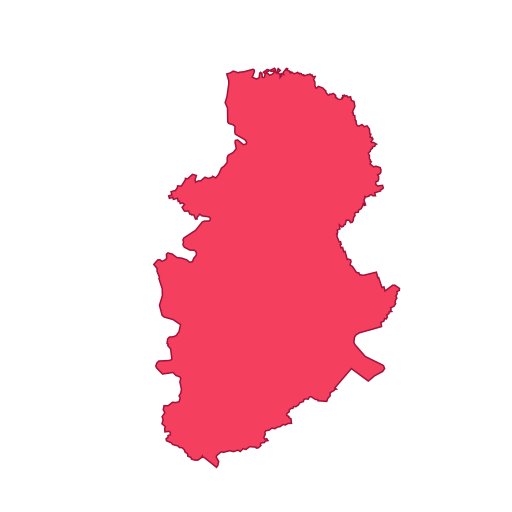 outline of Rockhampton, Queensland, Australia, rotated 247°
{"feature_id": "25037944B96392818490355", "entity_name": "Rockhampton", "entity_type": "district", "adm_level": 2, "iso_a3": "AUS", "parent_name": "Australia", "parent_adm1": "Queensland", "projection": "natural_earth1", "projection_center": [150.365, -23.417], "detail": "fine", "context": "isolated", "style": "filled", "palette": "rose", "viewbox_px": 512, "rotation_deg": 247, "n_neighbors": 0, "source": "geoboundaries", "source_scale": "gbopen_adm2", "svg_char_len": 6110}
<svg xmlns="http://www.w3.org/2000/svg" viewBox="0 0 512 512"><g transform="rotate(247 256 256)"><path d="M350.5,400.8L355.1,405.5L360.0,406.6L361.9,404.6L365.7,405.3L366.1,402.8L368.1,402.2L368.6,400.1L369.5,400.3L369.8,398.5L368.1,398.2L368.3,397.1L367.0,396.9L367.3,394.4L368.6,392.5L370.5,392.0L370.9,391.1L372.8,392.1L375.4,390.7L375.5,388.1L376.2,387.3L375.6,386.1L376.3,385.1L379.6,384.2L380.5,384.8L384.7,383.0L387.8,379.6L386.8,377.5L387.1,376.8L389.4,376.7L393.2,378.2L395.8,377.9L398.1,380.6L399.0,378.2L400.8,378.3L401.0,377.3L402.3,376.9L403.1,370.7L404.2,370.7L404.5,369.2L406.1,369.0L407.1,367.5L406.7,367.0L408.8,366.1L408.7,363.2L409.2,361.9L411.2,360.9L411.0,359.3L412.1,359.7L412.2,358.9L413.6,358.8L414.8,357.2L416.1,358.3L416.8,357.3L414.2,352.7L412.2,352.4L414.0,350.8L413.9,349.9L411.8,349.8L411.0,348.0L413.6,349.2L416.1,347.5L417.3,350.9L419.9,349.7L416.5,346.3L418.7,345.6L419.7,346.9L421.6,346.4L421.4,341.6L420.1,341.9L419.2,344.9L417.7,344.0L416.9,341.8L417.1,339.0L419.2,338.3L420.4,336.7L421.1,337.3L421.2,340.1L422.5,340.4L423.3,339.2L422.3,334.6L420.0,335.5L417.3,333.6L417.5,332.2L418.4,331.6L421.5,332.8L423.3,332.0L422.9,330.9L418.9,328.5L418.7,325.7L422.0,322.4L426.3,326.5L427.8,327.1L429.0,326.4L430.3,316.9L431.7,312.5L431.4,311.6L435.1,307.3L434.6,303.8L435.0,300.2L428.2,299.4L425.1,298.2L414.0,291.5L409.2,287.5L403.4,287.6L390.3,282.3L388.6,282.8L386.0,286.0L383.5,287.3L378.4,284.9L376.2,284.6L366.8,291.6L364.2,291.7L363.0,290.8L363.4,287.9L370.1,284.4L370.4,282.1L368.6,281.0L362.5,279.8L360.2,275.5L359.6,269.8L357.8,267.9L353.5,266.1L351.3,262.1L350.4,258.5L345.7,253.4L343.6,249.5L346.4,247.2L345.6,246.0L346.1,242.3L348.5,239.8L346.7,234.4L347.7,232.2L347.5,229.2L350.0,229.7L353.4,232.6L356.0,229.4L353.8,223.4L355.0,221.3L354.0,221.0L349.5,214.6L351.2,211.2L349.4,210.1L347.8,207.4L348.4,202.9L345.1,202.4L345.5,199.1L342.9,198.8L342.5,202.3L340.4,202.0L339.8,206.2L336.6,205.7L336.4,207.0L333.9,206.7L333.6,209.2L331.3,210.3L329.8,207.0L325.9,207.5L325.0,208.0L323.8,211.5L320.5,211.4L319.9,212.6L319.0,212.7L318.2,214.8L313.6,214.7L313.1,216.3L314.2,216.3L316.5,220.6L314.1,221.9L310.4,228.0L308.2,228.7L306.9,227.7L306.6,226.3L308.3,222.2L308.3,219.8L303.3,210.6L300.8,196.7L299.3,195.0L297.6,194.9L294.8,193.1L292.0,193.5L287.3,197.4L285.2,201.7L282.8,202.5L280.1,201.4L278.2,197.7L275.6,195.3L276.2,192.4L279.5,190.8L283.2,186.6L285.5,182.5L290.5,179.7L293.3,176.0L292.6,174.2L288.9,172.9L288.0,171.3L287.8,167.3L290.1,166.1L290.8,164.1L288.2,158.6L283.2,160.1L280.5,158.9L274.1,158.8L273.2,157.8L262.5,156.9L256.2,154.4L248.4,147.9L238.1,146.4L235.7,147.6L229.9,154.8L222.3,159.7L216.5,155.6L213.9,151.4L214.0,148.2L215.2,144.6L214.1,142.2L210.2,139.9L209.1,140.7L208.0,139.8L203.8,141.1L194.0,138.3L193.5,136.7L194.0,134.5L197.3,125.5L196.3,123.0L193.9,120.8L192.0,120.7L183.9,123.8L181.2,134.1L177.3,135.6L174.4,138.8L172.5,138.8L169.8,136.7L162.5,135.3L159.4,133.3L157.3,130.5L155.0,130.8L151.9,128.2L152.5,124.8L154.0,122.0L152.5,116.6L154.2,112.9L150.7,110.5L147.4,110.9L144.7,106.7L141.7,106.6L138.3,103.9L134.3,105.9L132.9,104.5L129.7,103.4L128.5,107.5L126.9,108.1L124.9,107.3L125.1,104.8L123.4,104.2L122.9,101.8L120.9,101.4L117.2,105.0L115.0,105.7L111.6,110.0L109.6,110.7L108.3,113.2L105.5,114.3L103.2,114.1L100.7,115.7L98.3,115.0L96.1,117.4L94.3,117.2L92.1,119.8L90.8,122.8L91.6,126.6L92.9,128.5L91.4,128.4L90.8,129.6L76.9,137.1L78.1,139.0L81.5,141.4L86.2,140.8L87.6,141.6L89.0,146.3L89.2,147.8L88.0,149.4L87.0,155.9L84.7,158.8L84.4,163.4L82.2,165.1L83.7,168.8L81.8,171.2L83.0,175.6L80.0,181.3L79.0,181.2L78.5,183.0L79.6,186.5L81.1,186.5L81.9,187.6L81.0,190.9L82.0,192.3L81.4,194.9L83.7,194.4L84.0,192.5L85.9,192.3L88.2,194.8L90.4,195.3L91.3,197.0L90.5,199.9L91.4,203.4L89.6,206.0L90.2,209.0L89.5,211.4L90.3,215.2L89.0,216.9L89.3,220.1L88.1,223.3L92.5,224.6L94.6,223.0L95.5,223.6L97.3,221.9L98.9,223.0L99.6,225.7L101.1,226.2L101.7,227.5L102.0,228.9L101.3,230.3L102.7,232.0L101.7,233.8L102.3,236.7L103.8,239.1L103.5,242.7L105.2,244.1L105.1,245.9L103.8,248.1L105.0,249.4L105.3,250.8L104.9,251.8L100.9,254.5L99.4,256.8L98.5,256.5L94.5,264.3L96.8,266.4L98.2,269.5L101.2,270.9L101.7,275.3L102.3,276.2L102.0,278.0L103.8,277.0L115.1,299.8L97.0,310.5L99.4,318.3L100.2,327.4L102.1,330.4L105.1,330.5L106.2,329.9L120.8,317.3L135.5,312.5L138.1,312.3L142.7,314.9L144.3,317.2L144.9,321.0L142.0,344.0L146.1,345.1L146.0,348.1L148.1,350.0L147.1,351.4L148.5,353.1L150.8,353.5L151.0,355.9L152.5,356.7L151.9,359.2L153.3,358.6L154.2,359.6L155.7,359.6L155.8,363.3L157.5,365.9L158.8,365.8L161.1,367.4L162.1,369.2L164.5,369.1L166.0,371.2L168.1,371.7L168.3,374.5L170.1,375.4L174.9,372.4L175.7,370.4L173.4,361.1L177.6,361.7L177.8,359.6L188.3,360.5L188.4,359.6L194.1,360.5L196.2,347.5L198.3,344.1L200.4,344.1L201.4,342.1L208.7,340.7L211.1,339.0L213.5,341.2L215.4,341.6L217.1,339.8L217.2,338.6L225.5,339.8L225.7,338.4L230.1,339.1L230.3,337.4L233.6,337.9L233.5,339.0L236.2,339.4L236.4,338.1L242.6,338.2L244.5,339.4L244.9,338.9L246.0,340.6L248.1,340.8L248.1,343.8L252.0,344.9L249.2,346.3L249.2,347.9L250.2,349.2L250.2,350.5L253.7,353.1L252.5,355.6L249.7,356.1L249.5,357.8L250.7,359.4L253.2,360.8L254.5,363.0L256.3,363.2L257.2,364.6L256.3,367.3L258.1,368.3L258.5,371.3L261.1,374.5L262.6,375.1L262.5,375.7L260.2,375.5L260.1,376.8L265.7,377.3L266.4,378.7L268.3,379.4L267.2,380.6L266.9,383.4L267.5,383.9L267.5,386.0L265.7,387.2L264.8,389.5L267.8,389.9L267.2,396.2L268.3,396.6L268.4,399.1L269.0,399.8L271.6,400.1L272.9,395.3L275.3,394.2L277.5,395.5L277.3,397.5L278.7,398.9L281.3,400.0L283.4,399.7L283.2,402.0L284.1,403.5L286.5,404.7L288.8,404.9L291.8,401.5L292.1,399.1L296.3,397.0L297.7,398.9L298.5,398.2L299.3,398.8L301.4,398.4L304.0,399.7L306.3,399.5L307.0,399.8L307.7,402.1L309.4,403.4L309.5,405.1L310.9,405.7L310.6,408.2L311.8,409.3L311.9,410.6L314.8,408.4L315.2,406.8L316.2,406.5L318.0,409.4L320.0,409.1L319.9,408.1L321.0,407.5L323.2,409.3L323.8,408.5L328.6,410.0L332.4,409.1L332.8,406.1L335.6,405.0L335.4,401.3L336.4,400.2L338.8,400.0L341.4,401.0L342.5,400.4L346.7,401.8L347.7,400.6L349.7,401.4L350.5,400.8Z" fill="#f43f5e" stroke="#9f1239" stroke-width="1.5"/></g></svg>